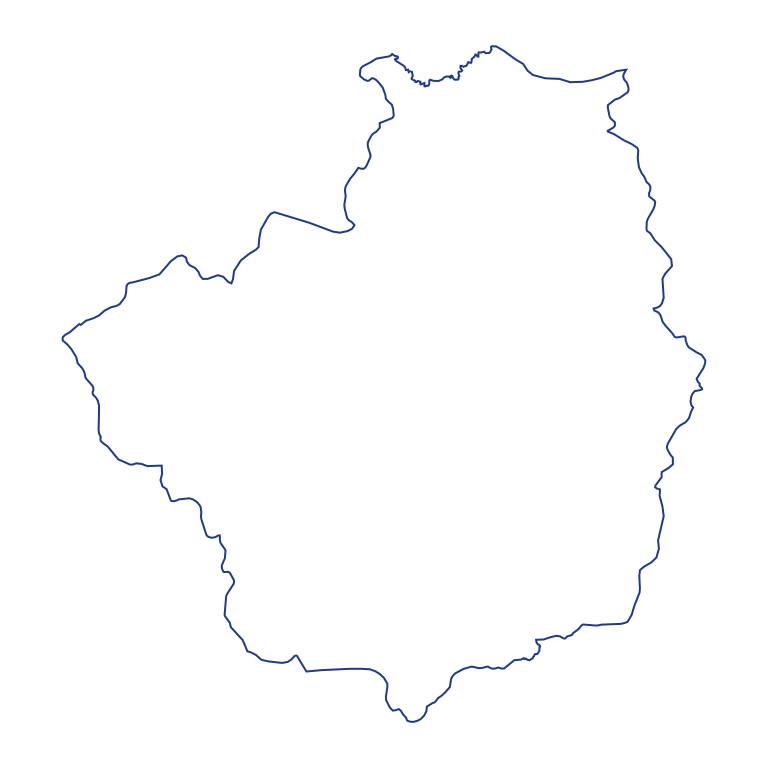 outline of Si Sakhon, Narathiwat, Thailand
{"feature_id": "78962969B93940138269619", "entity_name": "Si Sakhon", "entity_type": "district", "adm_level": 2, "iso_a3": "THA", "parent_name": "Thailand", "parent_adm1": "Narathiwat", "projection": "orthographic", "projection_center": [101.514, 6.19], "detail": "fine", "context": "isolated", "style": "outline", "palette": "blue", "viewbox_px": 768, "rotation_deg": 0, "n_neighbors": 0, "source": "geoboundaries", "source_scale": "gbopen_adm2", "svg_char_len": 5960}
<svg xmlns="http://www.w3.org/2000/svg" viewBox="0 0 768 768"><path d="M118.3,459.4L129.9,464.5L132.9,464.5L136.3,463.3L141.8,464.0L147.3,466.1L161.7,465.6L162.1,473.9L160.5,480.1L162.5,486.4L166.6,489.2L170.7,500.1L171.4,501.0L173.8,501.2L177.0,500.4L178.7,499.4L189.3,498.3L192.7,499.3L197.1,502.1L199.8,505.5L200.6,507.1L201.3,511.9L201.0,517.0L201.4,519.4L206.0,533.8L207.0,535.7L208.3,536.8L211.5,537.8L215.2,537.2L218.4,535.4L219.8,535.5L219.9,540.0L220.6,543.0L225.1,549.5L225.5,550.8L224.9,558.2L221.8,565.3L221.9,568.3L223.2,571.5L224.0,572.0L228.5,571.9L229.9,572.9L233.7,579.7L234.1,581.7L233.7,583.8L227.0,594.1L226.2,596.1L224.6,614.7L225.0,616.2L229.8,622.7L230.8,627.1L242.7,640.1L247.4,651.3L250.7,652.3L255.9,654.9L260.3,658.9L262.1,660.0L268.4,661.4L279.8,662.7L282.4,662.9L287.8,661.9L291.7,659.2L294.7,655.8L296.3,655.6L297.0,655.9L306.4,671.5L322.0,670.1L350.1,668.8L361.4,668.8L370.0,669.3L375.4,671.3L379.5,673.8L383.9,677.8L387.3,683.6L387.3,687.6L385.9,696.4L386.1,700.1L389.9,707.6L392.8,710.6L395.7,710.2L398.8,709.1L400.8,710.7L403.1,714.4L406.2,717.9L407.0,720.4L409.6,721.6L413.6,721.9L417.6,720.7L420.7,719.1L424.1,715.6L426.4,711.2L426.9,706.6L432.3,703.2L434.8,702.3L438.2,698.0L441.9,695.5L444.9,692.7L449.8,687.1L451.1,679.2L452.2,676.6L455.0,673.5L463.4,669.0L471.0,666.7L473.5,666.9L478.4,668.1L481.8,668.0L487.8,666.5L490.5,668.1L492.6,668.7L495.4,668.5L498.1,667.5L501.4,668.5L504.1,668.5L514.3,660.2L521.1,659.6L523.5,658.2L524.4,658.3L524.5,659.0L526.3,658.7L527.1,659.7L529.6,660.3L531.4,658.9L532.6,658.5L533.2,656.8L533.9,656.3L534.9,654.2L537.4,653.9L539.4,650.9L539.4,647.2L539.9,646.9L539.9,645.6L539.1,644.8L538.1,644.6L536.5,642.5L536.1,639.8L543.7,639.5L549.5,637.5L556.2,635.8L559.9,636.3L563.3,638.3L565.0,638.6L567.4,636.3L571.8,635.1L573.1,633.1L578.8,628.9L581.3,625.6L583.1,624.5L596.4,625.6L602.2,624.6L620.6,623.9L624.7,623.0L627.7,621.7L631.7,614.7L634.5,605.4L639.6,592.5L639.9,588.2L639.3,575.6L640.0,570.1L644.0,566.7L651.2,562.5L656.4,557.5L658.9,548.7L658.1,540.3L663.7,516.2L662.5,506.7L659.6,495.7L660.0,489.5L656.6,488.4L655.1,487.2L655.5,485.4L661.6,477.3L661.7,472.1L668.7,467.9L672.9,464.3L672.8,457.6L670.2,454.5L667.5,449.6L666.8,447.0L667.9,443.5L676.5,428.6L680.4,425.2L685.7,422.2L689.0,418.1L691.1,411.6L693.2,407.5L691.6,405.6L690.5,402.0L691.1,397.1L692.4,394.0L694.7,391.1L699.8,390.2L702.1,389.3L702.0,388.3L699.6,385.8L699.6,383.5L697.9,381.9L696.6,378.8L703.3,368.3L705.0,363.7L705.4,360.8L704.4,358.7L701.6,354.9L696.5,352.3L688.7,347.3L687.3,345.0L685.6,340.2L685.6,337.7L684.6,336.5L683.3,336.4L676.6,337.5L674.6,336.8L672.3,333.3L665.5,325.7L662.7,321.9L660.4,315.0L658.3,312.4L654.2,310.4L653.6,308.5L656.7,307.8L659.9,306.2L662.0,303.3L663.7,297.8L662.5,279.3L662.9,277.8L665.3,273.6L672.0,266.0L671.2,259.1L661.7,247.2L654.8,240.3L650.3,233.3L647.0,230.9L646.5,229.1L646.8,221.8L647.8,218.9L653.4,209.1L654.6,206.0L655.2,202.0L654.7,200.8L649.3,196.5L649.0,193.4L650.2,190.4L650.4,186.8L649.1,184.3L646.7,182.2L644.1,176.4L641.8,173.5L638.9,167.2L637.7,157.9L638.3,150.4L637.3,147.9L631.4,143.9L624.1,140.4L613.8,134.0L607.9,131.6L607.7,130.8L613.5,127.5L614.9,125.7L614.9,122.3L610.6,118.4L609.5,116.1L607.8,107.6L607.9,105.1L615.1,99.5L619.2,98.2L627.8,92.2L628.6,89.8L628.2,86.6L626.7,82.5L624.1,79.5L623.2,76.5L623.7,74.1L626.2,69.7L616.1,71.2L613.5,72.8L600.6,78.0L591.9,80.2L582.7,81.8L570.3,82.2L559.5,78.9L545.4,78.3L532.9,75.0L527.5,70.6L523.2,64.0L515.1,59.1L503.8,50.8L496.1,46.3L494.6,46.5L492.3,46.1L491.2,46.8L491.0,47.7L491.6,49.4L489.5,52.9L485.8,53.2L483.8,51.7L481.3,52.5L478.8,52.4L478.4,52.9L478.4,56.6L477.5,56.5L476.0,54.7L475.4,54.5L474.5,56.6L471.8,58.9L471.5,61.9L470.8,63.0L468.3,62.1L466.5,65.7L463.3,66.7L461.2,65.7L460.6,65.8L460.3,67.6L462.2,70.5L461.3,71.5L459.0,71.6L458.6,72.0L458.4,73.6L459.4,75.9L458.4,77.1L458.8,78.1L458.0,79.6L454.6,79.7L453.4,78.5L452.2,75.9L451.4,75.6L450.3,76.2L451.0,77.2L450.6,77.9L448.7,76.5L446.6,76.5L444.4,77.2L442.2,79.4L438.6,81.0L433.3,80.8L430.1,79.7L429.3,80.5L429.3,84.1L428.6,85.4L427.8,85.9L426.4,85.6L425.1,86.5L424.3,85.9L424.4,83.0L420.7,84.4L420.3,84.1L420.4,81.7L417.8,81.0L416.7,82.0L415.5,82.0L415.2,80.7L413.7,80.3L411.6,78.8L411.5,78.3L412.8,76.0L411.9,71.8L409.8,71.3L408.7,72.1L408.0,69.7L405.9,70.1L405.1,67.4L404.2,66.1L396.4,61.1L395.0,59.6L395.4,58.7L396.8,58.8L397.7,58.4L398.0,57.3L397.7,56.6L394.8,55.8L392.1,54.0L391.3,55.2L389.0,56.4L376.5,58.6L370.0,62.6L363.0,66.2L361.2,67.8L360.3,69.6L359.9,75.0L360.4,76.4L364.2,79.5L367.4,80.9L368.9,80.6L372.0,78.2L373.7,78.5L376.2,80.0L378.7,82.5L382.7,87.6L385.3,94.7L385.9,98.8L388.5,101.8L391.9,104.7L393.2,109.3L393.7,115.3L393.3,117.0L392.1,118.1L379.7,123.1L379.8,127.7L376.4,131.6L373.0,133.8L371.5,135.4L367.9,142.2L367.7,144.9L368.2,147.8L370.4,154.6L370.5,156.9L366.5,165.8L365.0,167.9L363.4,168.8L361.3,168.7L358.3,167.8L354.6,173.4L350.2,178.6L345.7,186.3L344.9,190.2L345.7,196.3L344.3,204.8L344.7,208.6L347.0,217.5L347.7,219.0L348.6,220.0L352.2,222.4L354.5,225.2L351.9,228.9L347.5,231.1L339.9,232.7L332.9,231.6L309.1,222.7L274.5,212.2L270.7,213.8L268.0,217.1L260.9,229.6L259.2,238.8L258.6,247.0L255.9,249.7L248.8,254.1L240.7,260.6L234.1,270.9L233.0,279.1L231.4,283.4L228.1,281.8L223.3,276.8L217.9,275.2L207.5,278.9L202.7,278.9L200.0,275.6L198.4,271.8L195.1,268.0L189.7,265.2L187.0,261.9L186.0,257.6L182.2,255.4L177.3,256.4L170.8,261.3L159.4,274.4L149.1,278.1L132.3,282.5L129.5,282.8L127.4,284.4L126.5,286.2L126.1,292.6L125.0,297.1L119.8,304.0L116.3,306.0L110.8,307.3L104.5,310.7L99.3,315.3L93.5,318.2L86.0,320.7L80.8,324.9L79.2,324.1L69.8,332.2L65.3,334.8L63.0,336.9L62.6,338.1L62.7,340.5L67.3,344.4L71.4,349.2L76.1,356.8L77.7,363.3L82.0,368.0L83.7,370.8L84.7,373.4L85.3,377.1L86.2,378.7L92.3,385.6L93.3,387.7L93.4,390.2L92.6,392.2L92.8,394.4L96.1,397.8L97.6,400.3L99.1,405.7L98.6,430.1L99.1,433.7L100.7,436.8L100.4,439.7L100.7,440.9L102.8,443.0L107.6,446.4L118.3,459.4Z" fill="none" stroke="#1e3a8a" stroke-width="2"/></svg>